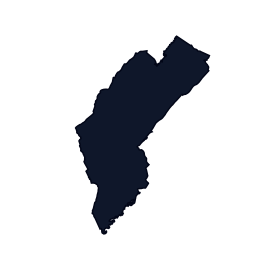 outline of Sopo, Cundinamarca, Colombia, rotated 210°
{"feature_id": "7082276B26138055431911", "entity_name": "Sopo", "entity_type": "district", "adm_level": 2, "iso_a3": "COL", "parent_name": "Colombia", "parent_adm1": "Cundinamarca", "projection": "equal_earth", "projection_center": [-73.969, 4.893], "detail": "fine", "context": "isolated", "style": "filled", "palette": "ink", "viewbox_px": 256, "rotation_deg": 210, "n_neighbors": 0, "source": "geoboundaries", "source_scale": "gbopen_adm2", "svg_char_len": 5697}
<svg xmlns="http://www.w3.org/2000/svg" viewBox="0 0 256 256"><g transform="rotate(210 128 128)"><path d="M131.8,231.8L132.2,230.6L131.5,229.9L132.2,229.7L132.3,228.8L131.8,228.4L131.4,227.3L131.5,227.0L132.0,226.7L131.3,226.3L131.4,225.7L131.4,224.9L131.7,224.5L131.8,225.2L132.0,225.0L133.0,223.2L132.6,222.8L132.6,222.6L133.1,221.8L133.1,221.0L133.4,220.9L132.9,220.1L133.4,219.5L133.6,218.8L133.6,217.8L133.3,217.2L133.5,216.4L133.8,216.5L134.0,216.3L134.0,213.8L134.6,212.8L134.8,212.7L135.2,212.7L135.3,212.4L135.2,212.2L134.2,211.6L134.2,211.3L134.5,210.7L134.2,209.9L134.0,209.6L133.4,209.9L133.2,208.7L132.7,208.8L132.3,210.3L132.1,210.5L131.6,210.5L131.5,210.2L131.8,209.9L131.7,209.8L131.0,209.9L130.9,209.7L130.9,209.3L131.1,209.1L131.8,209.0L132.1,208.7L131.7,207.5L131.9,207.0L131.9,206.4L132.2,205.6L132.2,205.1L132.4,204.4L132.0,203.6L132.6,203.7L132.6,202.9L132.4,202.8L132.0,203.0L131.6,202.3L132.7,202.0L133.1,202.3L132.9,200.2L133.1,199.6L133.5,199.3L133.2,198.6L133.2,198.2L133.5,198.0L133.8,198.2L133.8,197.4L133.6,197.2L133.7,196.5L134.1,196.2L134.4,197.0L135.2,197.9L136.0,197.3L136.0,197.1L135.7,196.8L135.7,196.6L136.0,196.6L136.3,197.0L136.7,196.7L136.8,197.3L136.6,198.6L136.7,198.8L138.6,200.1L139.7,200.7L149.4,202.4L150.2,204.3L153.8,201.5L155.3,200.7L156.0,199.7L156.5,198.1L157.2,197.2L157.6,196.9L158.4,197.0L158.8,196.6L158.4,194.3L158.4,192.1L159.4,189.6L160.5,187.6L161.0,184.0L161.5,182.7L161.8,182.3L162.6,182.0L163.1,181.5L163.2,177.5L163.0,176.4L163.0,174.8L163.7,172.4L164.6,171.3L164.9,169.9L164.9,167.4L164.5,165.5L164.4,165.0L164.5,164.8L165.6,164.7L165.9,164.2L164.4,159.9L164.3,155.8L164.0,153.6L164.0,152.2L164.8,151.3L166.4,150.6L168.3,149.3L169.6,148.0L170.3,146.8L170.3,146.3L170.2,145.4L169.5,144.8L170.3,142.6L170.4,141.3L170.2,139.6L169.5,138.5L169.2,137.6L169.2,136.2L169.5,135.5L169.5,135.1L169.0,134.1L168.5,133.6L168.8,132.9L168.6,131.5L167.8,131.0L167.4,130.1L166.4,125.0L165.2,124.0L165.1,123.4L165.8,121.0L168.3,114.5L168.3,113.1L168.8,111.3L169.8,109.6L170.4,107.9L171.4,106.8L172.4,105.0L173.3,102.9L173.4,101.8L172.3,101.1L170.7,99.7L170.2,98.7L169.7,98.3L169.3,98.1L168.2,98.2L166.7,97.0L165.1,96.6L164.6,96.6L163.4,95.2L164.0,93.6L163.9,93.1L164.0,92.3L160.9,89.5L161.1,88.7L160.9,88.3L158.4,86.5L158.2,86.1L157.8,85.1L157.4,84.6L156.5,84.6L155.5,84.2L155.2,84.4L153.1,82.6L152.6,82.5L152.2,82.0L150.9,81.2L149.8,79.1L149.5,79.0L149.2,76.8L147.9,76.0L147.9,75.9L141.9,72.3L142.7,69.6L138.6,66.8L137.5,66.2L137.6,65.8L137.2,65.5L137.0,65.9L136.2,65.4L135.8,64.8L135.7,65.0L133.9,64.0L133.7,63.8L133.3,63.1L133.0,63.1L132.8,62.6L132.2,62.0L130.6,63.0L128.4,63.8L128.2,63.6L126.1,63.5L125.7,63.1L125.2,63.0L125.0,62.4L124.5,62.3L124.0,61.9L123.1,60.5L122.9,59.7L122.0,57.9L121.2,54.9L120.3,52.5L119.8,50.0L119.4,49.1L119.0,48.7L119.0,48.4L119.4,47.3L119.4,46.6L117.7,41.0L117.4,38.6L116.7,37.7L116.4,36.3L116.2,36.1L115.4,36.3L115.0,35.9L114.6,35.8L113.7,35.1L113.2,34.4L111.4,33.5L101.6,26.5L101.2,27.2L100.8,27.5L100.5,27.4L99.6,26.4L98.7,25.0L98.0,24.3L97.6,24.2L95.9,24.2L95.8,24.3L95.8,24.5L95.2,24.9L94.8,25.3L94.5,26.2L94.5,27.0L95.0,27.8L95.4,27.9L95.6,27.6L95.4,26.6L95.6,26.1L95.9,25.9L96.8,26.1L97.6,28.0L97.6,29.4L97.3,30.0L96.3,30.9L94.8,31.2L94.4,31.6L94.3,32.8L94.7,33.1L95.4,33.2L95.7,33.5L95.8,34.9L95.6,35.2L94.7,35.4L94.4,36.7L93.6,37.1L93.7,37.8L94.4,38.6L94.5,39.0L94.2,39.3L93.4,39.4L93.0,39.8L92.9,40.2L93.0,40.5L93.9,41.3L94.3,41.4L94.7,41.1L96.0,38.6L97.6,37.9L97.8,38.1L97.8,38.9L97.0,40.9L96.1,42.2L95.6,42.6L94.0,43.3L94.0,43.8L94.7,44.5L94.6,45.1L93.5,45.9L93.4,45.9L92.9,44.6L92.6,44.6L92.4,44.7L92.1,48.7L91.6,48.9L91.1,48.4L90.6,48.4L90.3,48.7L90.1,50.0L89.8,50.0L89.4,49.8L89.3,50.0L89.5,51.8L89.9,51.9L90.7,51.5L91.0,52.0L90.9,53.2L91.3,54.3L91.2,55.2L90.9,55.7L90.6,55.9L90.4,56.3L90.6,56.5L91.2,56.7L91.3,56.9L91.0,58.4L91.3,59.6L91.1,59.9L89.9,59.8L89.5,60.4L88.8,60.4L88.8,61.3L88.5,61.8L88.5,62.5L89.0,62.5L90.2,61.6L90.5,61.8L90.7,62.5L90.1,63.7L89.3,64.4L89.0,64.2L88.3,62.8L87.6,62.3L86.8,62.3L86.5,62.5L86.2,63.0L86.0,63.6L86.1,64.1L87.5,64.5L88.8,66.1L88.8,66.7L88.5,67.6L87.7,68.7L87.2,68.7L87.0,68.4L86.8,67.9L87.1,67.0L87.1,66.5L86.9,65.9L86.3,64.9L86.0,64.7L85.6,64.8L84.9,66.3L85.1,67.4L86.1,70.1L86.3,70.9L86.9,72.4L87.0,73.1L86.8,75.0L86.9,76.6L86.3,76.2L85.8,76.4L85.3,77.1L85.3,78.0L85.5,78.1L86.2,77.8L86.9,77.9L88.7,79.2L88.9,79.5L88.9,79.9L88.8,80.5L88.4,80.9L86.3,82.2L84.8,83.7L82.9,84.8L82.8,85.5L82.6,90.2L82.9,90.5L85.4,91.1L86.8,91.9L87.0,92.4L86.8,94.3L87.0,96.4L91.1,100.9L92.7,102.3L91.5,106.7L93.6,107.3L94.9,107.9L95.6,108.7L96.7,110.8L97.3,111.2L99.1,111.8L100.2,112.7L101.6,114.5L103.0,115.5L105.1,115.9L105.5,115.8L106.7,114.9L107.8,114.8L108.4,115.7L110.2,116.0L110.7,116.4L110.8,116.7L110.6,117.2L109.5,118.9L109.1,121.5L108.8,122.6L108.6,124.4L108.4,124.0L107.8,125.5L108.0,126.0L107.7,126.3L107.6,126.8L106.8,127.6L106.6,128.3L106.6,129.2L106.7,129.3L107.1,129.3L107.5,128.0L107.9,127.9L106.9,134.3L105.9,136.0L105.2,136.8L106.7,137.3L106.4,139.9L106.4,146.1L106.0,147.5L105.0,150.2L103.6,152.7L103.2,154.0L102.6,158.0L102.6,160.3L102.0,166.1L101.4,169.3L101.0,170.3L100.4,174.1L99.8,176.1L98.2,183.8L97.9,184.2L97.1,183.8L96.7,184.6L96.4,184.8L96.0,185.3L95.0,186.0L93.8,188.1L93.3,189.3L92.9,191.4L92.7,195.0L92.4,196.9L91.8,198.3L90.6,199.9L90.0,201.1L89.4,203.3L88.8,208.4L86.7,218.0L87.9,218.6L88.3,220.4L88.8,221.2L91.1,222.5L93.2,223.1L94.3,224.2L95.9,224.7L95.2,225.6L94.2,225.8L93.6,226.3L93.9,226.9L93.9,227.5L93.8,228.0L93.5,228.6L93.4,229.2L93.7,231.4L102.8,230.5L104.2,230.5L105.7,229.6L107.1,230.1L108.1,230.2L110.5,229.6L112.5,230.3L114.2,231.3L114.7,231.3L115.3,230.7L131.8,231.8Z" fill="#0f172a" stroke="#020617" stroke-width="1.5"/></g></svg>